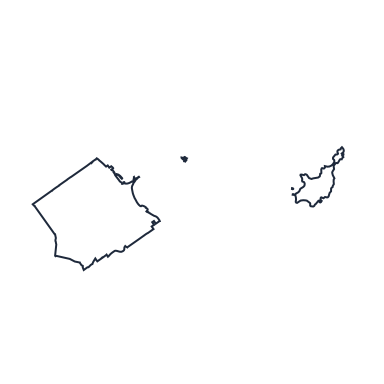 Cockburn, Western Australia, Australia (Equal Earth projection), rotated 145°
{"feature_id": "25037944B92381930700505", "entity_name": "Cockburn", "entity_type": "district", "adm_level": 2, "iso_a3": "AUS", "parent_name": "Australia", "parent_adm1": "Western Australia", "projection": "equal_earth", "projection_center": [115.746, -32.084], "detail": "fine", "context": "isolated", "style": "outline", "palette": "slate", "viewbox_px": 384, "rotation_deg": 145, "n_neighbors": 0, "source": "geoboundaries", "source_scale": "gbopen_adm2", "svg_char_len": 5599}
<svg xmlns="http://www.w3.org/2000/svg" viewBox="0 0 384 384"><g transform="rotate(145 192 192)"><path d="M340.7,218.3L340.5,217.9L340.5,217.6L339.9,217.5L339.5,217.2L330.5,207.3L327.9,202.3L324.4,198.6L324.5,198.5L324.5,195.3L323.8,194.2L324.0,193.8L324.7,193.0L325.4,190.2L320.8,190.3L320.1,189.8L319.6,189.8L316.9,190.3L315.2,190.3L314.9,190.1L313.5,191.1L312.1,191.8L309.3,193.0L309.3,192.5L309.4,192.4L309.4,191.2L309.3,189.5L305.4,189.5L304.7,189.6L304.8,189.5L301.7,189.5L298.4,189.6L297.9,189.7L298.0,187.2L297.0,187.3L294.5,187.9L293.6,188.0L292.3,188.1L289.1,188.1L288.4,187.8L287.8,187.3L287.3,186.8L285.6,184.7L284.9,184.1L284.4,183.7L284.0,183.5L282.7,183.2L281.8,183.2L281.3,183.3L281.0,183.4L280.3,183.9L279.6,184.9L279.2,185.3L278.8,185.6L277.7,186.0L277.6,185.5L276.8,183.7L276.5,183.8L263.0,183.8L253.7,183.9L252.1,183.8L251.9,183.7L244.8,183.7L244.8,184.2L244.8,186.9L242.3,186.9L242.1,186.8L241.9,186.8L241.9,190.1L239.8,190.1L239.8,186.8L235.3,186.8L235.1,186.7L234.9,187.4L234.9,188.3L234.9,189.1L234.9,190.0L235.0,190.9L235.2,191.7L235.5,192.5L236.3,193.7L236.7,194.2L237.5,195.9L238.3,197.6L238.5,198.4L238.7,198.5L239.3,199.9L239.2,200.1L239.2,200.4L239.4,200.8L240.0,201.0L240.3,201.5L240.5,202.2L238.5,202.8L238.2,203.5L238.4,204.6L238.9,205.5L238.6,205.9L239.2,207.5L240.3,209.1L240.9,209.6L241.9,209.6L242.4,210.1L242.6,210.7L242.9,212.0L243.0,213.2L243.0,215.2L242.9,216.0L242.6,218.4L242.5,219.9L241.8,222.9L241.2,224.9L239.8,228.1L239.4,228.9L239.1,229.6L238.6,230.3L237.5,231.3L236.0,232.1L235.6,232.3L234.7,233.1L234.4,233.0L233.4,233.3L231.8,233.9L231.5,234.1L230.6,234.4L229.9,234.3L228.7,234.6L227.7,234.7L226.8,234.6L226.8,234.9L226.8,235.0L227.1,235.1L227.3,234.9L227.7,234.8L228.8,234.9L229.1,235.0L229.9,235.3L230.7,235.6L231.2,236.0L231.6,236.4L231.3,236.8L231.0,237.3L230.9,237.6L231.0,237.6L231.5,236.8L231.8,236.3L232.6,236.0L232.7,235.8L232.9,235.0L233.2,234.9L233.4,234.7L234.5,234.8L235.0,235.0L235.1,234.9L235.8,235.1L236.9,235.2L238.3,235.4L239.9,235.9L241.1,236.6L241.7,237.1L242.0,237.6L241.8,238.9L242.0,239.0L242.0,238.9L242.6,239.6L242.0,238.7L242.1,238.0L242.2,237.9L242.3,237.8L242.5,237.9L242.5,238.1L243.7,238.5L243.8,238.7L244.1,238.5L244.4,238.6L244.6,238.8L244.2,239.2L244.1,239.4L245.1,242.2L245.0,242.9L245.2,247.2L245.3,249.6L245.0,249.7L245.0,249.8L244.4,249.8L243.9,249.6L242.7,248.1L242.2,246.3L242.3,244.9L241.9,243.1L241.3,243.3L241.3,243.6L241.6,246.2L242.3,248.4L243.6,250.1L244.3,250.4L245.0,250.4L245.0,251.4L244.9,252.2L244.9,252.9L244.9,253.1L244.7,253.1L244.4,253.0L244.4,253.5L244.5,255.4L244.8,255.4L245.3,256.0L245.3,256.6L243.0,256.6L242.9,256.7L242.9,257.5L243.4,259.4L245.8,259.4L245.8,262.1L247.8,262.1L248.3,264.5L248.4,265.4L248.9,267.5L249.5,269.9L249.8,270.8L250.0,272.2L250.2,272.9L250.3,273.0L250.4,273.3L250.6,273.8L250.7,274.2L251.2,274.1L251.7,274.0L252.2,274.0L252.3,273.8L253.3,274.0L256.2,274.0L256.6,273.8L256.9,273.8L256.9,273.5L257.3,273.5L257.8,273.4L257.8,273.9L263.0,273.7L282.5,273.7L282.9,273.8L286.9,273.8L287.1,273.7L296.9,273.7L297.0,273.5L300.6,273.6L303.0,273.6L305.6,273.5L305.7,273.4L305.8,273.5L329.5,273.3L329.3,271.5L328.9,270.7L329.0,270.6L328.7,236.1L328.4,235.9L329.9,232.4L330.3,232.0L331.3,231.1L331.8,230.4L332.0,230.1L332.2,229.2L332.7,228.3L333.2,227.0L333.4,226.7L340.7,218.3ZM101.7,115.4L101.7,114.9L102.9,113.2L103.0,112.4L101.7,111.1L100.8,110.5L99.8,110.5L98.5,111.2L97.4,111.2L93.4,112.3L92.8,111.9L93.3,110.4L92.8,109.8L92.0,109.8L90.9,110.3L91.1,111.3L91.0,112.3L89.7,113.5L89.2,113.5L87.9,111.5L85.9,111.6L84.5,110.1L83.8,109.8L82.7,110.0L79.8,112.3L77.7,112.8L76.1,115.0L75.3,115.4L74.0,115.4L73.1,116.3L71.3,117.1L69.9,119.5L68.7,121.0L67.5,121.5L67.0,125.1L66.1,127.4L65.3,128.1L62.5,129.3L61.0,132.2L57.7,133.2L57.1,133.0L56.5,132.3L55.7,132.2L52.2,133.8L51.7,133.8L50.6,132.9L49.4,133.6L48.0,133.8L48.1,135.5L46.8,135.5L46.2,136.1L46.5,136.8L47.4,137.1L47.4,137.6L45.2,137.8L44.3,138.4L43.7,139.2L43.3,140.7L43.5,142.7L45.1,142.4L45.8,141.7L47.8,142.5L49.1,142.3L50.0,141.4L50.3,139.8L50.7,139.5L51.6,139.5L53.0,140.4L56.6,139.4L57.5,138.3L57.2,136.7L57.7,135.6L58.6,134.8L60.8,133.9L62.8,133.7L64.9,134.1L66.6,135.1L68.3,137.0L68.9,135.9L70.1,135.5L70.7,135.7L71.7,136.9L72.1,137.0L73.2,136.3L75.2,133.3L75.8,133.1L76.5,133.4L78.4,131.5L80.4,131.5L85.0,133.7L86.6,134.1L88.1,136.2L88.1,140.2L88.5,141.0L89.1,141.7L90.6,141.6L92.2,143.4L93.1,143.9L93.6,143.5L93.9,140.2L94.4,139.2L95.4,138.1L95.6,137.3L94.6,135.9L94.6,135.3L94.9,134.2L95.7,133.2L96.5,132.6L97.9,132.3L101.4,132.5L103.4,131.2L105.0,130.8L108.1,131.1L109.3,130.0L110.0,128.0L111.0,126.3L112.7,124.4L112.7,123.4L112.1,122.8L108.2,122.7L107.7,122.6L107.4,122.5L107.1,122.2L106.4,121.9L105.5,121.4L104.4,120.5L103.9,120.1L102.9,119.1L101.7,115.4ZM179.6,221.2L179.6,221.4L179.0,221.7L179.1,221.8L178.9,221.9L178.7,221.9L178.6,222.0L178.2,221.8L178.1,221.7L177.9,222.0L177.7,222.2L177.8,222.3L177.7,222.4L177.4,222.3L176.9,222.5L177.1,222.8L177.2,223.0L177.3,223.2L177.5,223.2L177.7,223.7L177.8,223.7L178.0,223.7L178.2,223.8L178.2,224.0L177.7,224.5L177.9,224.9L178.2,225.0L178.6,224.6L179.2,224.8L179.5,224.6L179.6,224.4L180.0,224.7L180.0,225.1L180.3,225.4L180.4,225.9L180.8,226.3L181.0,226.0L180.9,225.2L180.8,224.7L180.8,224.4L180.5,223.9L180.5,223.5L180.3,222.7L180.2,222.2L180.2,221.9L180.3,221.8L180.6,221.9L180.8,221.7L180.6,221.5L179.9,221.1L179.9,220.9L179.5,221.0L179.6,221.2ZM107.8,137.8L108.4,137.1L107.9,136.5L107.4,136.4L107.2,136.6L107.3,137.3L107.8,137.8ZM110.7,132.4L111.1,132.0L110.2,131.2L110.0,131.7L110.3,132.2L110.7,132.4Z" fill="none" stroke="#1e293b" stroke-width="2"/></g></svg>